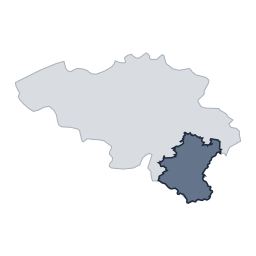 Luxembourg highlighted on a map of Belgium
{"feature_id": "BEL-3477", "entity_name": "Luxembourg", "entity_type": "Province", "adm_level": 1, "iso_a3": "BEL", "parent_name": "Belgium", "parent_adm1": "", "projection": "natural_earth1", "projection_center": [5.558, 49.963], "detail": "fine", "context": "in_parent", "style": "filled", "palette": "slate", "viewbox_px": 256, "rotation_deg": 0, "n_neighbors": 0, "source": "natural_earth", "source_scale": "10m", "svg_char_len": 4949}
<svg xmlns="http://www.w3.org/2000/svg" viewBox="0 0 256 256"><path d="M115.2,60.8L119.8,62.6L123.8,63.0L125.6,62.2L124.5,57.7L127.8,55.3L131.5,54.2L133.1,56.1L136.4,58.1L139.1,58.1L146.2,52.9L147.9,54.0L149.4,55.8L149.7,57.3L150.0,58.8L151.6,59.5L157.2,59.2L160.1,56.4L162.3,54.6L164.0,55.8L164.8,59.2L166.3,63.8L173.0,68.8L178.7,70.3L185.6,69.3L188.4,68.4L190.3,69.1L192.1,71.8L196.1,74.9L204.5,77.0L207.1,78.3L208.9,80.3L208.4,83.3L204.4,90.6L203.9,92.7L204.4,93.5L203.6,94.8L198.4,99.8L197.9,101.5L199.7,104.3L201.1,106.7L204.3,107.8L207.2,108.2L212.8,108.3L218.8,108.5L219.5,109.8L226.1,113.8L228.2,117.0L233.0,120.0L229.0,123.9L229.7,125.6L231.1,127.4L236.5,128.4L239.2,130.9L239.4,134.8L240.6,141.1L229.5,147.4L226.4,154.5L226.1,155.8L225.7,155.6L224.5,153.3L222.4,153.3L217.8,152.4L211.4,158.7L208.4,164.0L206.7,167.9L204.1,171.0L203.6,174.3L203.9,175.7L203.1,177.5L203.0,179.4L206.7,183.2L207.7,185.2L212.2,191.8L210.8,194.2L209.7,196.8L208.4,198.6L206.9,199.8L202.2,199.7L196.2,200.6L192.2,201.9L190.1,201.9L185.8,198.6L181.1,193.7L178.0,191.3L176.6,189.3L172.9,188.4L167.5,186.0L163.8,183.3L160.6,181.7L156.1,180.9L152.4,180.9L151.3,176.5L150.8,171.4L147.8,168.0L152.0,154.7L149.6,153.4L146.9,154.5L142.9,157.6L141.1,161.4L139.9,164.8L133.4,168.0L123.0,169.1L111.6,168.0L110.0,167.1L109.3,166.1L109.3,165.0L110.1,163.2L112.1,161.0L112.6,157.9L110.6,155.2L109.3,154.1L109.8,151.5L111.3,148.3L111.6,146.4L104.0,140.8L98.4,139.7L93.0,139.5L89.0,138.8L86.6,139.1L84.8,140.7L83.1,141.9L81.8,140.5L79.5,130.5L77.7,129.0L70.7,127.3L61.3,126.8L58.8,124.9L57.4,120.5L56.6,115.1L53.6,109.9L52.0,108.6L49.2,106.3L44.2,107.2L38.3,110.2L34.8,111.1L33.4,111.4L28.8,108.5L23.5,103.9L19.3,99.1L18.4,96.4L19.7,93.1L18.2,90.6L16.0,86.0L15.4,82.5L41.0,69.8L56.6,63.4L64.0,61.4L65.6,67.9L66.9,70.0L68.7,71.3L71.0,71.6L73.6,70.0L77.4,68.3L83.3,69.1L87.6,70.6L89.1,72.3L92.0,73.8L96.1,74.2L104.3,71.2L112.0,66.7L114.3,63.6L115.2,60.8Z" fill="#d9dde1" stroke="#a8b0b8" stroke-width="1"/><path d="M171.5,188.9L170.2,188.6L169.1,187.9L168.2,187.2L165.7,184.2L165.0,183.6L162.9,183.1L161.7,182.6L159.5,180.8L158.5,180.3L158.3,180.3L158.5,179.8L158.8,178.5L159.5,178.3L159.0,176.8L159.3,176.2L163.7,173.6L162.8,172.7L164.3,171.6L167.2,170.6L165.9,169.5L166.2,167.9L164.5,167.1L163.9,166.1L161.4,166.5L160.8,166.3L160.0,163.8L158.6,162.7L159.7,162.7L160.1,161.5L160.7,162.0L161.2,161.8L163.2,160.2L163.8,158.9L163.3,158.5L164.2,155.6L164.5,157.7L165.7,158.0L171.3,157.7L172.5,157.5L174.1,156.6L175.7,156.7L176.0,155.9L174.5,154.7L176.2,154.3L176.7,152.9L174.6,150.9L174.7,150.2L174.0,150.2L174.7,149.4L172.4,148.4L173.5,147.8L175.2,147.9L175.0,147.0L176.4,146.2L177.0,146.2L177.6,146.8L181.8,144.6L183.4,143.3L183.5,142.1L182.9,140.9L181.5,141.0L180.8,141.9L180.3,141.5L183.5,139.5L182.7,138.6L183.9,137.3L183.4,136.3L185.4,134.8L184.2,133.1L184.5,132.6L185.3,132.5L187.9,134.2L190.2,132.9L190.8,134.4L191.8,134.5L191.6,135.2L191.9,135.4L192.9,135.6L194.9,134.8L198.1,137.2L200.0,137.1L199.8,138.0L202.7,138.0L201.7,139.9L201.8,140.7L202.7,142.1L204.3,142.4L202.7,145.1L206.3,144.7L207.2,144.9L207.6,145.7L208.0,144.9L211.7,144.5L212.1,143.8L210.1,143.5L211.4,140.9L210.3,140.1L210.8,138.8L218.0,140.0L218.1,140.7L219.9,141.5L219.6,148.5L219.9,149.3L221.2,149.5L220.4,150.3L220.6,151.1L220.7,151.3L220.6,153.6L220.0,153.4L219.7,152.8L219.5,152.1L219.1,151.8L218.2,152.4L216.9,152.5L216.4,153.2L216.2,154.2L215.7,155.3L214.9,156.0L212.7,156.9L211.7,157.7L211.5,158.1L211.4,159.4L211.2,159.9L210.9,160.3L210.0,160.9L209.6,161.4L209.7,162.3L209.7,163.0L209.6,163.6L209.1,163.9L207.9,164.4L207.6,164.8L207.5,165.8L207.9,166.2L208.2,166.7L207.5,167.7L207.0,168.1L206.2,168.2L205.8,168.5L205.3,169.0L205.1,169.4L204.9,169.8L204.7,170.2L202.6,173.2L202.4,173.9L203.1,174.2L204.4,175.0L205.0,175.7L203.4,175.5L203.4,176.0L203.2,176.4L203.1,176.6L203.7,177.1L203.0,177.5L202.7,178.2L202.8,179.1L203.2,180.0L203.8,180.9L204.4,181.1L205.0,181.2L205.8,181.6L206.2,182.1L207.6,184.4L207.7,184.7L207.8,185.8L207.8,186.0L208.1,186.2L209.0,186.4L209.3,186.6L209.7,186.6L210.0,186.5L210.4,186.5L210.8,187.0L210.8,187.6L210.6,187.9L210.3,188.2L210.2,188.6L210.2,189.1L210.0,189.3L210.0,189.6L210.2,190.1L210.6,190.4L211.7,190.5L212.2,190.8L212.5,191.9L212.2,192.5L211.6,193.0L211.1,193.4L210.4,195.2L209.9,195.9L209.2,196.5L210.2,196.9L209.7,198.1L208.3,199.3L206.9,199.9L206.2,199.7L204.9,199.1L204.3,199.0L203.7,199.3L202.9,200.1L202.2,200.4L200.9,200.2L199.6,199.7L198.3,199.4L196.8,200.0L196.1,200.8L196.0,201.4L195.8,201.7L194.9,201.8L194.4,201.7L192.5,200.9L191.4,201.4L189.9,202.3L188.4,203.1L187.1,202.8L186.8,202.1L186.8,201.4L187.0,200.7L187.0,199.9L186.8,199.3L183.9,195.0L183.3,194.5L182.8,194.1L181.0,193.6L180.3,193.3L180.0,193.2L179.7,193.4L179.5,193.8L179.2,194.2L178.7,194.3L177.8,194.2L177.5,193.9L177.3,193.2L177.5,192.1L178.0,191.8L178.3,191.6L177.9,190.4L176.7,189.3L175.5,188.3L174.2,188.3L171.5,188.9Z" fill="#64748b" stroke="#1e293b" stroke-width="1.5"/></svg>